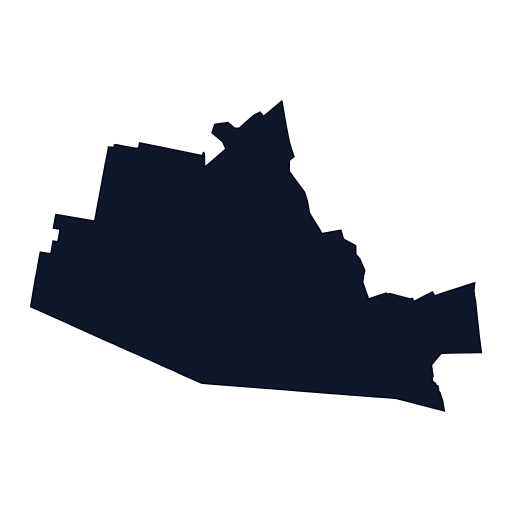 Negru Voda, Constanta, Romania (Albers equal-area conic projection)
{"feature_id": "2599482B98241930265461", "entity_name": "Negru Voda", "entity_type": "district", "adm_level": 2, "iso_a3": "ROU", "parent_name": "Romania", "parent_adm1": "Constanta", "projection": "albers", "projection_center": [28.293, 43.811], "detail": "fine", "context": "isolated", "style": "filled", "palette": "ink", "viewbox_px": 512, "rotation_deg": 0, "n_neighbors": 0, "source": "geoboundaries", "source_scale": "gbopen_adm2", "svg_char_len": 5277}
<svg xmlns="http://www.w3.org/2000/svg" viewBox="0 0 512 512"><path d="M281.8,101.1L278.8,103.7L263.6,116.4L263.2,116.0L262.9,115.7L262.2,114.8L261.5,113.9L260.8,113.1L260.1,112.2L259.4,112.4L258.4,113.0L257.7,113.4L256.5,114.0L255.4,114.5L254.9,114.7L254.6,114.9L254.0,115.4L253.6,115.7L253.2,116.0L252.9,116.2L252.4,116.7L251.3,117.5L249.1,119.5L243.7,124.2L240.3,127.4L239.3,128.2L238.8,128.3L234.9,128.3L234.6,128.2L229.7,124.0L228.0,122.6L227.3,122.6L226.2,122.8L223.3,123.2L218.7,123.8L216.3,124.1L215.6,124.3L214.8,124.6L214.6,124.9L213.5,128.4L212.1,132.4L212.1,132.7L212.5,133.3L216.0,136.1L218.8,138.4L220.6,140.0L221.9,141.0L222.4,141.4L222.7,141.8L223.2,142.8L223.4,143.0L223.5,143.4L223.5,143.6L224.8,146.4L225.9,149.0L223.8,150.9L222.3,152.1L221.2,153.1L219.6,154.4L217.3,156.5L215.9,157.7L214.5,158.9L213.6,159.7L212.3,160.8L211.0,161.9L209.9,162.9L209.0,163.7L208.1,164.4L207.6,164.8L207.2,165.2L206.6,165.7L206.0,166.3L205.5,166.8L205.1,167.3L204.8,167.9L204.7,167.8L204.6,165.4L204.5,163.7L204.5,160.2L204.4,156.0L204.3,154.5L204.3,153.7L204.2,153.4L204.1,153.1L203.9,152.9L203.6,152.7L203.4,152.6L202.5,155.8L196.1,154.4L173.2,149.7L140.7,143.1L139.6,143.0L138.9,146.8L138.7,147.3L138.3,147.8L138.1,148.0L137.5,148.4L136.9,148.5L132.9,147.8L125.5,146.6L118.3,145.1L117.2,144.9L116.0,144.7L115.7,144.7L115.1,144.7L114.9,144.7L114.7,144.8L114.3,145.3L114.2,145.9L114.0,146.8L113.8,147.1L113.6,147.3L113.2,147.4L112.7,147.4L110.7,147.2L110.3,147.2L109.8,147.2L109.5,147.2L108.9,147.2L108.5,147.1L108.4,147.1L108.4,148.0L108.3,148.6L107.8,151.4L107.0,155.6L106.5,158.1L106.1,160.5L105.6,162.7L105.2,164.4L104.9,166.2L103.6,173.3L99.6,195.0L97.1,208.2L94.7,221.2L56.0,214.5L55.9,214.5L53.9,225.4L53.4,227.8L53.4,228.1L60.2,229.2L57.9,241.8L53.1,241.1L50.9,253.9L40.3,252.2L39.1,258.8L37.9,265.4L36.8,271.9L36.1,275.5L36.8,276.3L36.4,276.6L36.3,276.9L36.1,277.0L35.7,276.9L33.3,291.1L32.9,293.8L30.7,306.7L37.1,309.5L43.2,312.2L48.9,314.8L49.5,315.0L53.2,316.7L53.8,316.9L59.8,319.6L65.8,322.3L71.8,325.1L77.7,327.8L81.7,329.5L89.4,333.0L92.7,334.5L98.7,337.2L104.6,339.9L109.7,342.1L114.5,344.1L119.3,346.5L124.3,348.6L129.3,350.9L134.2,353.0L139.4,355.1L144.3,357.5L149.3,359.6L154.3,361.9L159.3,364.2L160.8,364.9L166.1,367.3L173.3,370.3L180.2,373.6L186.1,376.3L192.2,378.9L197.0,381.1L201.9,383.2L206.8,383.6L213.4,384.2L219.9,384.7L223.0,384.9L226.7,385.2L233.3,385.7L240.0,386.2L246.3,386.7L253.0,387.2L259.3,387.7L265.9,388.2L272.1,388.7L278.8,389.2L285.0,389.7L291.6,390.2L297.9,390.8L304.5,391.3L310.8,391.8L317.3,392.3L323.7,392.8L330.2,393.4L331.5,393.5L336.7,393.8L342.2,394.2L348.8,394.8L355.5,395.2L361.1,395.7L367.6,396.2L373.8,396.7L376.8,396.9L383.1,397.3L388.8,397.7L392.6,398.1L396.6,398.5L403.0,400.1L409.3,401.7L415.5,403.4L419.0,404.3L421.7,405.0L424.5,405.7L430.8,407.3L435.1,408.5L440.1,409.7L444.3,410.9L442.5,400.3L441.5,397.7L440.1,393.2L439.8,392.6L438.7,391.1L438.5,390.1L438.4,389.7L438.4,389.3L438.4,388.3L438.1,387.2L437.9,386.6L437.9,386.3L437.8,386.1L437.8,385.9L437.7,385.8L436.4,385.5L436.2,385.5L435.8,384.8L435.7,384.2L435.5,383.6L435.3,383.3L435.1,383.0L434.8,382.8L434.5,382.7L434.1,382.5L433.6,382.3L433.2,382.1L432.6,380.8L432.4,380.7L432.0,377.6L433.1,376.5L432.2,371.0L432.2,370.8L432.2,370.4L432.1,369.8L432.1,369.1L432.0,368.4L431.8,367.8L431.7,367.1L431.7,366.4L431.6,366.1L431.5,365.7L431.4,364.9L436.2,359.1L441.1,353.4L444.8,353.2L450.2,353.0L453.3,352.9L455.9,352.9L459.1,352.8L463.2,352.8L466.6,352.7L471.2,352.7L473.2,352.6L475.8,352.6L477.0,352.6L479.7,352.5L480.6,352.5L481.1,352.5L481.3,352.5L480.6,346.9L479.4,337.7L479.2,336.6L478.7,331.2L477.7,322.4L476.7,312.8L475.3,299.5L475.2,299.8L475.1,299.7L475.0,299.0L474.8,297.7L474.7,297.1L474.6,296.5L474.5,295.6L474.4,294.9L474.3,294.1L474.2,293.6L474.2,293.2L474.1,292.6L474.1,292.3L474.0,291.8L473.9,291.4L473.9,290.7L473.9,290.1L473.9,289.7L474.0,288.9L474.1,288.6L474.1,287.8L474.2,287.1L474.2,286.3L474.3,286.0L474.3,285.2L474.5,284.5L474.5,284.1L474.6,283.7L474.6,283.4L474.7,283.0L474.7,282.8L467.2,285.2L454.6,289.3L447.9,291.4L441.9,293.4L434.4,295.9L432.6,292.1L432.4,292.0L421.4,297.6L419.1,298.8L416.5,300.2L413.7,301.5L412.4,298.3L410.9,299.0L410.7,299.1L408.1,298.4L404.8,297.6L400.0,296.3L395.5,295.1L389.9,293.6L387.0,294.5L386.6,293.2L386.0,293.3L381.3,294.7L378.4,295.6L373.0,297.5L368.5,299.0L368.5,298.9L367.5,296.1L365.5,290.5L364.5,287.6L362.7,282.3L362.5,281.8L362.7,281.5L363.3,277.9L363.5,277.0L363.3,275.7L363.9,274.7L364.2,273.2L364.7,270.7L364.7,270.3L363.3,267.2L361.0,261.8L360.0,259.4L359.8,259.1L358.8,257.8L356.4,255.0L356.0,254.4L355.9,254.1L355.7,251.4L355.7,247.7L355.7,246.5L355.7,246.2L355.6,245.8L355.4,245.6L349.7,242.5L344.0,239.4L343.6,239.0L343.3,238.4L342.8,237.1L341.9,233.7L341.1,230.9L340.8,230.3L333.7,231.5L321.6,233.7L321.2,232.4L319.0,228.6L316.0,223.8L309.4,213.0L308.5,207.8L307.4,201.5L307.4,201.3L304.5,192.2L304.2,191.8L289.4,171.8L289.2,170.6L289.2,167.5L289.3,164.5L289.3,161.4L289.4,160.8L289.8,160.0L290.0,159.7L294.0,156.6L293.7,155.8L293.6,155.7L293.3,154.6L292.9,153.4L292.6,152.6L291.0,148.0L289.4,142.2L288.7,139.2L288.4,137.8L287.1,130.9L286.2,126.1L286.0,125.3L286.0,125.2L285.5,122.4L284.4,116.0L283.1,108.3L281.9,101.3L281.8,101.1Z" fill="#0f172a" stroke="#020617" stroke-width="1.5"/></svg>